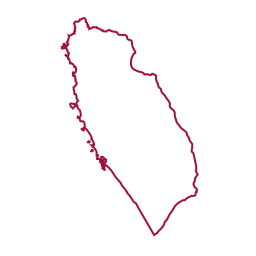 Aceh Jaya, Aceh, Indonesia, rotated 9°
{"feature_id": "22746128B21424895456858", "entity_name": "Aceh Jaya", "entity_type": "district", "adm_level": 2, "iso_a3": "IDN", "parent_name": "Indonesia", "parent_adm1": "Aceh", "projection": "robinson", "projection_center": [95.543, 4.811], "detail": "fine", "context": "isolated", "style": "outline", "palette": "rose", "viewbox_px": 256, "rotation_deg": 9, "n_neighbors": 0, "source": "geoboundaries", "source_scale": "gbopen_adm2", "svg_char_len": 5633}
<svg xmlns="http://www.w3.org/2000/svg" viewBox="0 0 256 256"><g transform="rotate(9 128 128)"><path d="M204.1,163.1L201.9,160.3L201.8,157.2L201.2,154.8L197.1,143.9L196.4,142.7L194.8,141.4L194.4,140.5L194.5,137.9L194.1,134.4L193.7,133.5L192.2,132.0L191.2,131.3L189.7,128.2L187.6,125.9L186.9,123.9L186.5,123.3L185.2,122.4L179.8,119.3L178.5,117.7L175.6,115.2L174.7,113.7L172.4,108.9L171.7,105.5L171.0,104.1L169.9,103.2L167.3,101.7L166.2,100.8L165.9,100.2L165.5,97.3L164.7,95.8L161.6,92.8L159.6,90.5L155.6,87.3L154.3,84.2L152.8,83.4L151.7,82.5L150.6,79.5L149.4,78.3L148.9,77.0L148.2,75.9L147.4,71.8L146.7,71.4L143.5,70.6L142.2,72.0L141.6,72.3L138.9,71.9L137.6,72.0L136.4,72.5L135.8,72.5L134.7,71.4L134.0,71.1L132.2,70.7L129.4,70.6L125.0,69.4L123.4,68.5L122.5,67.7L121.5,66.0L120.7,63.6L120.5,59.3L121.7,54.4L122.0,53.9L123.4,52.7L123.5,52.3L122.2,50.1L120.2,47.6L119.4,46.2L118.5,42.9L117.8,41.3L116.4,40.7L114.6,40.7L113.9,40.4L113.3,39.6L112.5,37.6L110.9,36.6L109.1,36.6L107.9,37.1L104.0,37.3L101.9,35.1L97.5,35.0L95.4,34.6L94.2,34.1L92.9,34.6L91.5,36.1L90.1,36.1L89.3,36.4L88.9,36.4L88.1,35.6L87.6,36.0L86.7,35.8L86.2,35.2L85.2,35.0L84.3,34.4L82.0,34.3L81.6,33.5L81.2,33.2L79.5,33.9L78.8,33.7L77.6,33.8L76.6,35.0L74.4,36.3L74.4,35.4L74.0,34.8L73.7,34.5L73.1,34.9L72.3,34.2L72.5,32.5L71.4,32.0L71.4,30.9L70.6,30.2L69.8,30.0L69.6,29.6L69.5,28.0L69.0,27.2L68.0,26.4L67.5,26.3L66.6,26.5L64.6,28.1L63.4,28.4L63.3,28.8L63.5,29.6L62.6,30.2L62.2,30.8L61.7,31.1L60.2,30.9L59.0,31.6L58.3,33.2L59.2,34.3L59.3,35.3L60.3,36.8L60.0,37.6L60.3,38.8L59.9,39.2L60.7,40.4L59.8,41.2L59.7,41.9L60.5,42.6L60.5,43.1L58.7,43.6L58.4,43.8L57.8,45.0L56.4,45.5L55.5,46.4L55.1,46.2L55.6,47.4L55.3,48.3L55.3,49.4L55.0,50.2L55.3,51.0L54.9,51.5L54.8,52.6L54.3,52.5L54.1,52.7L54.7,53.3L55.1,54.3L55.8,54.4L56.0,55.0L55.6,55.2L55.0,56.2L54.6,55.9L54.2,56.7L53.6,57.2L53.0,57.3L51.8,57.0L51.1,57.2L50.1,58.2L50.5,58.4L50.7,59.0L50.3,59.7L50.6,59.9L51.6,59.3L52.2,59.4L53.7,57.9L54.5,58.2L54.5,58.8L54.7,59.6L55.5,60.1L56.3,61.2L56.2,62.0L56.5,62.2L57.0,63.1L57.8,63.2L58.0,63.8L57.8,65.2L57.1,66.1L55.9,65.8L55.4,66.0L55.0,65.8L55.0,66.0L56.4,66.7L57.1,66.5L57.6,66.8L57.7,67.0L57.5,67.4L57.8,67.5L58.1,68.1L57.8,68.4L57.9,68.9L58.1,69.0L58.5,68.7L58.9,69.0L59.2,69.9L60.0,71.0L60.5,73.1L61.2,73.4L61.8,72.8L62.2,73.1L62.9,73.2L63.9,73.8L64.6,74.6L65.3,75.9L65.6,75.5L66.4,75.7L67.3,77.2L67.7,79.5L67.3,81.3L67.4,81.5L66.4,82.0L65.3,81.6L64.9,81.7L64.9,82.0L65.7,82.7L65.6,82.9L65.1,83.0L65.1,83.7L65.5,84.0L65.6,85.0L65.8,85.2L66.4,85.2L66.9,84.5L67.7,85.2L68.2,87.3L68.0,87.5L68.9,88.5L68.8,90.1L70.3,91.3L70.3,92.7L70.2,93.4L69.4,93.9L69.0,95.3L67.8,96.3L68.3,97.8L68.3,98.6L69.2,100.0L69.3,100.8L69.7,101.9L69.7,102.8L70.1,103.0L71.3,102.9L72.0,104.1L72.6,107.0L74.5,108.9L73.9,109.6L73.1,111.8L73.0,112.2L73.2,113.1L73.4,113.2L73.0,113.3L73.6,113.6L73.4,114.0L73.9,114.6L75.1,115.5L76.3,117.2L77.7,117.9L79.4,122.2L79.4,123.2L79.1,124.3L77.5,124.9L76.7,124.6L76.7,125.8L78.1,126.0L78.8,126.4L79.6,128.3L80.5,128.7L81.5,128.8L82.2,128.4L82.8,128.4L83.5,128.9L84.5,130.6L85.0,132.8L85.0,133.6L84.6,134.2L86.9,135.5L88.8,137.3L91.7,140.4L93.8,143.4L93.5,144.3L93.6,144.8L94.2,144.9L95.5,146.5L97.0,149.0L97.1,150.3L96.8,150.8L96.4,151.0L96.3,150.8L95.7,150.4L95.4,150.9L95.2,150.9L95.5,151.1L95.9,152.1L96.4,151.9L98.9,154.1L100.3,155.8L100.9,157.2L100.9,158.3L101.2,159.7L101.6,159.3L102.5,159.4L102.8,159.9L102.2,160.8L102.5,161.8L102.3,161.9L102.1,162.9L102.3,163.5L102.6,163.5L102.8,162.9L103.1,162.8L103.7,163.2L104.7,163.4L105.4,163.2L105.9,163.1L105.7,162.2L106.2,161.6L106.1,160.8L106.8,160.4L108.1,160.7L108.6,161.2L108.9,162.1L109.7,161.9L111.1,162.4L111.4,162.8L111.5,163.6L111.4,164.9L111.9,164.8L110.9,165.6L110.7,166.1L110.2,165.8L109.0,166.2L109.2,167.1L109.5,167.4L108.8,168.1L108.5,168.1L108.3,167.7L107.6,168.0L108.0,168.8L108.0,169.4L108.5,169.5L109.1,169.1L109.8,169.8L110.7,170.1L110.9,169.9L110.8,169.3L110.5,168.9L111.0,168.4L112.0,168.2L115.2,170.0L119.0,173.4L123.1,178.1L129.5,183.5L129.8,184.1L131.2,186.0L133.2,187.6L136.4,190.8L136.9,191.5L137.3,191.5L137.4,192.3L137.7,192.7L138.8,193.3L140.7,195.1L145.3,200.1L146.3,200.6L147.5,201.0L151.0,205.6L170.6,229.7L172.2,227.9L173.2,227.3L174.3,225.0L177.5,220.7L177.4,220.2L177.9,219.8L178.6,217.9L179.1,214.7L179.9,214.0L180.8,212.3L182.6,206.8L184.6,202.8L186.6,197.9L187.5,196.5L189.6,193.9L192.9,191.2L194.4,190.5L195.5,190.4L196.6,188.7L199.5,186.3L201.8,185.0L202.9,185.0L205.0,184.0L205.1,182.7L205.0,180.8L205.2,180.2L205.9,180.2L205.7,178.0L204.9,177.0L202.9,175.9L202.6,175.1L201.7,173.9L201.6,173.3L201.4,173.1L201.9,170.5L202.2,170.0L202.3,169.4L202.1,169.0L202.2,166.9L204.1,163.1ZM69.5,112.8L68.4,112.5L68.0,112.7L67.1,113.2L67.1,113.7L68.1,115.5L68.9,116.4L70.0,116.6L70.5,117.2L72.1,114.8L72.0,113.2L71.0,112.6L69.5,112.8ZM84.4,136.7L84.5,136.0L84.4,135.7L82.7,135.9L82.4,136.2L82.7,136.8L83.2,136.8L84.3,137.4L84.7,137.3L84.8,137.1L84.4,136.7ZM108.4,164.5L109.2,164.0L109.2,163.5L108.4,163.1L107.9,163.6L108.0,164.5L108.4,164.5ZM106.3,166.2L106.6,165.9L106.5,165.4L106.3,165.1L106.2,164.2L105.8,164.5L105.5,165.1L105.7,165.8L106.3,166.2ZM92.3,147.5L91.9,147.3L91.3,147.7L91.0,147.4L90.7,147.7L90.5,148.3L90.8,148.5L91.3,148.0L92.1,148.3L92.3,148.1L92.3,147.5ZM52.4,55.7L52.5,55.2L51.8,54.7L51.4,54.9L51.4,55.5L52.4,55.7ZM96.5,155.4L95.6,155.5L95.4,156.2L95.9,156.0L96.2,156.1L96.3,156.6L96.7,156.5L96.7,156.0L96.5,155.4ZM107.6,166.3L107.9,165.8L107.6,165.2L107.3,165.1L107.1,166.1L107.6,166.3ZM109.7,172.0L109.8,171.3L109.1,171.0L109.0,171.8L109.7,172.0ZM111.1,173.1L111.6,172.8L111.1,172.0L110.8,172.9L111.1,173.1Z" fill="none" stroke="#9f1239" stroke-width="2"/></g></svg>